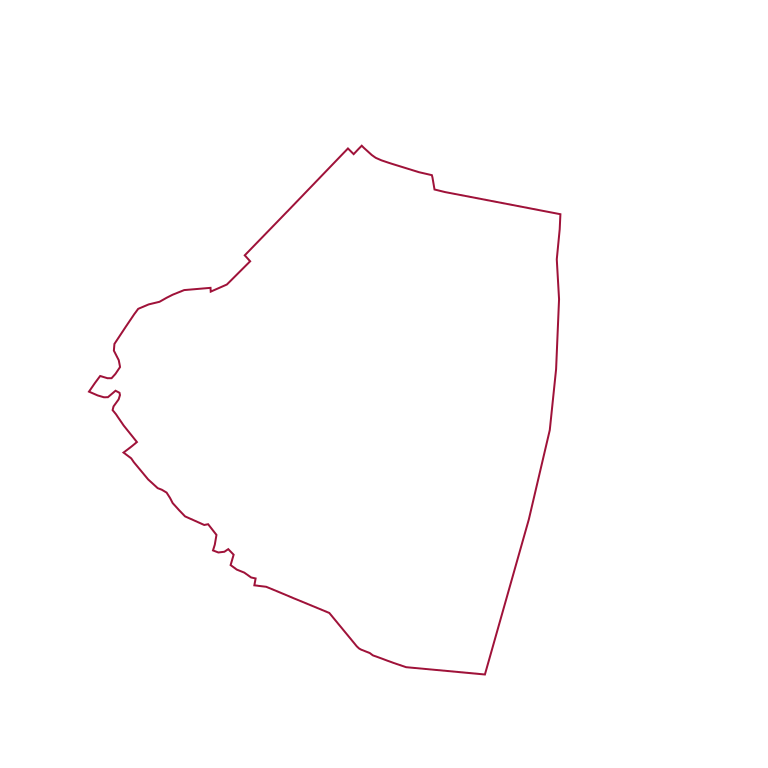 outline of Hoan Kiem, Ha Noi, Vietnam, rotated 34°
{"feature_id": "81297802B21956500009646", "entity_name": "Hoan Kiem", "entity_type": "district", "adm_level": 2, "iso_a3": "VNM", "parent_name": "Vietnam", "parent_adm1": "Ha Noi", "projection": "mercator", "projection_center": [105.85, 21.03], "detail": "fine", "context": "isolated", "style": "outline", "palette": "rose", "viewbox_px": 768, "rotation_deg": 34, "n_neighbors": 0, "source": "geoboundaries", "source_scale": "gbopen_adm2", "svg_char_len": 1665}
<svg xmlns="http://www.w3.org/2000/svg" viewBox="0 0 768 768"><g transform="rotate(34 384 384)"><path d="M158.9,428.1L155.6,434.0L151.9,441.4L144.4,449.6L138.2,459.1L137.9,465.7L137.9,481.1L138.1,501.5L141.4,507.4L150.8,512.6L154.7,516.5L155.7,517.6L155.7,525.8L154.9,531.5L151.6,533.8L144.2,536.1L143.8,544.9L143.7,555.3L153.0,553.6L159.3,551.6L162.5,549.3L165.2,539.7L169.6,539.2L171.3,540.8L172.6,545.1L172.3,553.8L173.6,557.4L178.9,559.0L181.3,560.0L183.3,560.8L191.4,564.0L211.6,570.3L209.7,576.8L206.4,586.5L216.0,587.0L220.3,588.7L241.8,595.0L254.6,596.9L258.9,595.9L264.5,595.6L270.5,598.2L275.4,600.9L284.7,603.2L292.6,604.9L293.1,605.0L313.8,601.4L316.6,598.6L329.5,602.8L333.6,611.9L335.3,617.6L340.9,616.3L345.5,612.3L347.2,608.0L354.8,609.6L358.1,619.9L365.7,620.2L373.6,618.5L382.0,618.7L386.3,617.0L389.1,623.4L392.0,621.9L392.5,621.7L399.7,618.0L417.4,614.4L428.6,612.2L429.1,612.1L430.5,611.8L466.7,604.4L481.2,608.7L491.0,611.6L495.4,612.9L508.1,616.7L511.2,617.2L513.6,617.0L522.7,615.0L526.4,615.2L527.3,615.0L528.5,614.7L529.9,614.3L536.4,612.7L541.9,611.4L543.0,611.1L544.6,610.7L546.2,610.3L547.9,609.9L560.7,606.4L630.1,568.4L579.8,415.3L547.2,329.5L539.9,315.8L518.4,275.5L481.7,215.8L457.5,184.0L443.1,157.4L435.3,144.6L327.4,190.7L317.1,194.5L311.2,188.3L308.7,185.7L306.9,184.1L294.4,188.9L282.1,192.6L273.5,195.2L267.9,196.9L264.1,198.0L256.8,200.0L250.8,201.1L249.4,201.1L245.8,201.0L235.3,199.5L234.8,199.4L232.3,198.9L231.5,203.1L230.3,210.4L222.4,208.9L207.7,293.1L207.6,293.9L207.3,295.3L196.6,355.2L204.4,357.1L198.1,389.4L188.7,404.3L186.4,401.3L165.8,417.9L158.9,428.1Z" fill="none" stroke="#9f1239" stroke-width="2"/></g></svg>